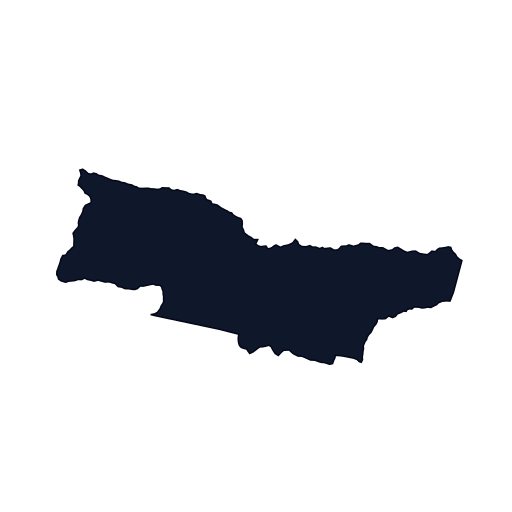 Valparaíso, São Paulo, Brazil (Natural Earth projection), rotated 74°
{"feature_id": "56859067B36318680316705", "entity_name": "Valparaíso", "entity_type": "district", "adm_level": 2, "iso_a3": "BRA", "parent_name": "Brazil", "parent_adm1": "São Paulo", "projection": "natural_earth1", "projection_center": [-50.937, -21.188], "detail": "fine", "context": "isolated", "style": "filled", "palette": "ink", "viewbox_px": 512, "rotation_deg": 74, "n_neighbors": 0, "source": "geoboundaries", "source_scale": "gbopen_adm2", "svg_char_len": 4129}
<svg xmlns="http://www.w3.org/2000/svg" viewBox="0 0 512 512"><g transform="rotate(74 256 256)"><path d="M223.7,452.2L226.3,450.1L228.8,446.2L228.6,442.9L229.1,440.4L229.7,437.0L229.5,433.5L230.6,430.2L230.0,426.8L232.2,424.4L233.7,421.5L235.6,418.5L235.6,414.7L236.9,412.4L238.1,410.5L239.5,408.2L239.9,406.0L240.7,403.7L242.3,401.4L243.4,399.2L245.2,398.1L247.4,397.0L248.9,393.7L251.2,391.1L252.6,386.9L254.0,384.0L254.8,381.8L254.7,379.1L252.9,375.6L253.9,372.6L254.1,369.4L254.3,365.6L254.7,362.3L256.3,360.5L257.7,356.3L259.7,355.2L261.9,355.3L264.4,355.0L266.7,355.7L269.5,356.0L272.2,356.8L274.1,357.2L276.0,358.6L277.9,360.9L280.3,362.7L282.9,366.1L283.7,369.2L283.3,373.4L285.8,369.0L315.7,312.6L326.4,294.2L330.5,295.9L333.4,296.5L335.7,296.7L337.7,296.5L339.8,295.4L341.5,293.1L343.0,290.5L345.1,290.0L348.0,288.9L347.4,285.2L346.5,282.9L345.5,280.4L344.4,277.3L345.1,274.7L345.3,271.8L345.4,268.2L347.1,266.5L350.1,265.9L352.4,265.3L355.0,264.5L357.8,262.0L355.4,258.0L354.3,255.4L354.8,253.0L355.5,250.0L359.0,247.9L360.7,246.6L362.4,244.7L363.8,243.2L365.0,239.5L367.3,236.6L371.0,232.3L372.3,228.4L373.5,226.6L375.2,224.3L376.4,222.2L377.2,219.9L378.7,217.5L380.3,215.3L380.6,212.1L377.6,210.0L375.8,208.3L373.4,207.2L374.9,202.9L376.1,200.1L381.0,190.5L383.4,187.3L386.0,185.9L387.2,184.1L385.0,182.2L382.1,181.6L380.2,180.6L377.5,179.6L374.5,178.1L372.0,177.7L370.0,176.1L368.4,174.9L366.8,172.7L364.8,171.6L362.8,169.5L361.2,166.7L358.9,164.5L356.5,162.5L354.6,159.6L352.5,157.6L350.0,156.7L350.4,154.3L351.2,152.2L351.9,148.9L350.2,145.0L351.6,143.3L352.9,141.6L352.4,138.5L350.6,136.0L350.3,132.3L349.6,129.4L350.6,126.9L349.1,125.4L349.1,122.9L349.9,120.9L348.6,118.1L350.0,113.7L351.7,110.9L352.3,107.9L352.4,105.2L353.7,102.2L353.0,98.6L352.6,95.9L351.3,93.7L350.8,89.4L351.7,85.0L352.8,81.9L345.3,76.2L317.1,59.3L315.1,61.4L312.0,63.3L309.3,63.8L306.9,65.3L304.1,66.3L301.4,66.4L300.2,68.7L300.1,71.5L299.6,75.1L299.1,77.5L299.7,79.8L301.3,82.3L299.8,85.6L301.1,88.4L302.0,90.7L300.9,93.4L298.7,98.1L295.3,101.2L294.5,104.1L294.3,109.6L292.2,112.3L289.9,114.4L286.7,117.4L286.5,120.5L287.7,123.2L287.3,127.6L283.0,131.9L282.0,135.4L280.3,137.6L279.1,140.5L275.3,143.4L274.3,146.9L273.2,149.9L272.6,152.1L273.6,154.0L273.6,159.5L270.9,163.7L271.4,166.4L270.6,169.2L270.2,171.4L271.8,173.7L272.6,176.0L271.9,179.3L268.7,182.4L268.2,185.7L267.7,188.5L266.1,189.7L266.4,192.8L263.8,196.3L263.0,199.3L260.9,201.3L260.9,205.3L259.5,209.4L256.6,211.9L253.8,212.0L250.9,213.6L253.5,217.0L254.3,221.6L253.9,226.6L254.4,230.1L250.9,233.7L251.3,235.9L252.3,238.2L252.6,240.5L252.3,242.7L249.1,243.7L248.3,249.0L246.5,251.4L244.3,253.0L240.7,249.8L239.5,253.8L236.9,255.5L234.4,258.1L230.5,260.9L227.5,260.9L224.3,261.5L221.1,260.2L218.0,259.6L215.7,260.4L214.2,262.7L212.1,265.0L209.9,266.8L207.8,267.5L206.6,269.8L204.7,271.3L203.3,273.0L201.8,274.5L200.2,276.2L198.6,277.5L196.4,279.1L194.9,281.6L193.8,284.0L190.9,284.3L189.6,285.9L188.3,287.9L186.2,288.5L184.1,288.6L182.7,290.3L181.7,292.9L179.6,295.8L179.5,299.1L178.6,301.3L177.4,303.4L175.6,305.1L173.8,307.9L172.4,310.9L170.5,313.3L170.5,316.7L169.0,319.4L166.6,320.9L165.5,324.6L164.5,327.3L165.2,329.6L164.9,332.1L164.1,334.1L163.2,336.2L162.5,338.5L161.1,341.0L160.4,343.7L159.7,346.7L158.6,350.0L156.7,351.6L155.6,353.7L153.4,355.9L151.7,359.3L149.4,362.2L148.2,365.0L146.2,367.4L144.7,370.7L143.8,373.0L142.5,374.8L140.4,377.3L139.0,379.2L136.7,381.7L134.9,385.3L133.0,386.8L131.5,389.4L131.9,391.9L130.5,394.7L127.2,396.6L124.8,398.7L124.8,401.7L128.0,401.6L130.9,402.1L132.5,403.8L134.7,405.7L136.9,406.4L138.8,407.4L140.3,406.1L144.2,404.0L146.0,403.2L148.4,403.0L150.3,400.9L152.8,399.2L155.8,398.9L159.3,399.7L159.8,403.0L160.3,406.1L162.8,408.9L165.6,410.2L168.6,412.8L170.4,414.9L173.1,416.6L175.3,417.7L177.5,417.9L179.5,419.3L180.9,421.7L182.4,423.9L183.7,425.6L185.8,425.7L189.2,426.1L193.8,427.6L196.5,428.4L197.8,431.2L199.1,433.3L200.1,435.7L202.7,438.5L202.3,441.7L205.2,444.4L207.6,445.7L209.8,447.2L211.8,448.7L213.5,449.8L215.8,451.6L219.1,452.7L221.6,452.0L223.7,452.2Z" fill="#0f172a" stroke="#020617" stroke-width="1.5"/></g></svg>